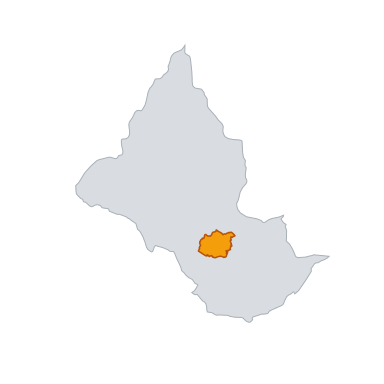 Bouca, Ouham, Central African Republic (highlighted), rotated 252°
{"feature_id": "33826404B6253227494909", "entity_name": "Bouca", "entity_type": "district", "adm_level": 2, "iso_a3": "CAF", "parent_name": "Central African Republic", "parent_adm1": "Ouham", "projection": "natural_earth1", "projection_center": [18.249, 6.335], "detail": "fine", "context": "in_parent", "style": "filled", "palette": "amber", "viewbox_px": 384, "rotation_deg": 252, "n_neighbors": 0, "source": "geoboundaries", "source_scale": "gbopen_adm2", "svg_char_len": 6719}
<svg xmlns="http://www.w3.org/2000/svg" viewBox="0 0 384 384"><g transform="rotate(252 192 192)"><path d="M260.1,139.9L263.3,140.9L263.9,142.0L263.0,145.7L263.6,148.1L265.5,150.0L267.3,150.9L269.1,151.4L275.2,152.6L277.7,153.9L281.1,158.3L285.3,162.3L286.4,164.4L286.2,166.3L285.0,168.6L285.2,169.6L287.1,171.9L289.3,174.3L293.4,177.0L300.5,181.1L303.7,183.9L304.8,186.0L306.6,188.3L309.1,190.4L310.8,192.0L309.7,196.5L310.0,198.0L310.7,199.3L312.2,201.1L312.8,203.4L314.2,206.3L316.0,207.6L318.9,208.1L320.4,209.5L323.6,211.8L326.7,213.7L328.0,215.1L328.8,216.3L329.5,217.7L329.9,219.2L330.0,222.2L330.5,226.1L332.2,228.7L333.7,230.6L327.4,228.4L326.5,228.3L325.4,228.7L322.1,231.5L321.0,231.8L316.9,231.2L306.9,229.1L299.1,227.0L296.8,226.2L292.7,225.5L290.0,226.9L287.4,231.8L286.7,232.8L282.7,234.2L280.8,233.8L276.1,235.2L268.9,233.2L266.4,233.6L264.3,234.6L259.2,236.8L256.1,238.1L252.4,239.2L249.0,241.0L246.6,241.9L244.4,241.9L242.3,240.9L240.1,240.1L237.4,239.9L234.6,240.4L232.2,242.4L231.2,243.7L229.2,247.4L226.7,253.5L225.8,254.7L224.9,255.3L213.7,252.3L208.8,251.6L205.6,252.5L201.5,250.8L199.7,250.5L198.8,251.1L196.6,250.3L192.8,248.3L189.3,247.4L186.1,247.7L184.1,247.0L182.6,245.0L180.5,241.4L176.9,237.7L172.0,234.8L168.9,232.6L167.7,231.1L165.1,230.3L161.0,230.2L157.1,231.6L151.6,236.2L146.4,245.5L143.5,249.0L141.2,250.0L140.6,252.2L141.8,255.8L142.1,259.9L141.3,266.9L141.6,271.9L140.3,271.1L139.1,268.7L138.6,268.3L135.2,269.3L133.4,270.3L132.5,271.2L131.7,271.4L130.7,270.1L129.8,269.9L128.5,270.1L127.1,270.1L126.2,269.9L125.6,270.0L124.0,269.3L118.1,267.3L117.1,266.6L115.9,266.7L112.9,268.4L111.3,268.9L106.4,270.0L101.2,270.5L99.2,270.5L97.8,271.2L96.9,272.3L95.3,278.8L94.9,279.9L95.0,281.5L94.5,286.7L94.7,288.3L88.5,302.5L87.4,300.2L86.8,297.4L86.6,294.2L86.7,293.3L86.3,292.4L85.8,289.8L86.3,288.1L85.9,286.4L84.6,284.6L83.5,283.3L82.9,282.1L82.4,281.6L81.2,281.4L79.5,280.8L72.6,272.5L65.4,263.1L64.0,260.1L63.4,258.3L65.1,258.1L65.6,257.8L65.6,257.0L64.5,254.6L64.0,251.5L63.1,249.6L60.3,246.8L57.6,244.6L56.8,243.5L56.3,241.9L55.3,231.7L54.8,228.9L53.9,227.6L53.3,227.0L53.1,226.3L53.2,224.5L53.6,222.9L53.6,222.3L54.3,220.9L54.3,211.5L53.4,210.2L51.8,210.2L51.0,208.8L50.3,207.1L50.5,205.9L52.0,204.0L53.1,203.2L56.1,201.7L57.0,201.0L57.5,200.1L57.9,198.8L59.7,194.0L62.3,189.2L63.5,188.2L66.2,181.1L66.8,179.3L67.2,177.5L68.1,176.1L71.0,173.7L73.2,169.5L75.6,169.7L78.1,170.4L81.2,170.7L83.6,169.9L85.2,168.3L92.8,165.4L93.4,163.2L94.6,162.0L96.0,161.0L96.5,160.8L96.6,161.6L97.4,163.9L99.2,166.2L101.7,168.8L102.4,168.6L104.0,166.7L108.0,165.5L109.0,165.0L111.8,162.2L115.2,160.3L117.2,159.7L120.6,157.8L123.0,158.1L126.9,157.8L133.4,156.9L138.2,156.6L140.5,156.3L141.1,155.9L142.1,153.2L142.8,152.4L144.5,151.2L148.0,147.2L150.3,143.7L151.0,142.5L151.4,142.2L152.4,140.8L151.4,139.3L147.6,136.2L147.6,135.8L147.4,135.3L147.6,134.9L149.1,133.6L151.1,132.2L153.2,131.7L158.8,131.8L163.5,131.5L164.6,131.5L168.3,130.8L170.8,130.2L173.4,128.7L179.3,128.9L184.2,125.1L185.6,124.4L186.2,123.9L186.4,123.3L188.7,121.8L191.2,118.7L193.3,116.0L193.8,114.0L199.3,107.4L201.3,107.5L202.2,106.7L204.4,102.3L205.1,101.5L207.3,100.7L208.4,99.4L209.4,97.4L209.4,95.0L208.9,93.1L208.9,92.2L209.5,91.3L210.3,90.4L214.5,88.1L215.6,86.9L216.2,85.9L217.4,85.7L218.7,85.8L219.5,85.1L220.4,84.1L223.3,82.6L226.0,81.5L228.9,82.0L234.0,83.4L235.6,86.6L236.3,87.7L242.7,95.1L243.9,96.9L247.1,102.3L249.0,106.0L251.2,111.2L251.5,114.1L251.2,116.5L250.8,123.4L250.2,125.4L247.4,129.2L247.3,130.8L247.9,132.2L248.8,132.8L249.3,133.5L249.0,136.7L250.0,138.0L252.1,138.9L257.4,139.4L260.1,139.9Z" fill="#d9dde1" stroke="#a8b0b8" stroke-width="1"/><path d="M146.7,204.8L147.0,204.1L147.4,204.0L147.9,203.8L148.1,203.8L148.3,203.6L148.3,203.2L148.2,203.1L147.8,202.9L147.6,202.9L147.4,202.7L147.1,202.2L147.1,201.7L147.1,200.7L147.3,199.8L147.2,199.5L147.1,199.2L146.6,198.5L145.4,197.5L144.5,196.2L144.4,196.1L144.4,195.8L144.5,195.7L144.6,195.4L144.8,195.1L144.9,194.4L145.1,193.6L145.3,193.2L145.5,193.1L146.1,192.8L146.7,192.4L147.3,192.1L147.4,191.8L147.4,191.5L147.4,191.2L147.2,190.9L147.0,190.7L146.6,190.4L146.0,190.3L144.4,188.9L144.5,188.5L144.6,188.0L144.7,187.7L144.8,187.6L144.7,187.5L144.3,187.5L144.2,187.5L144.0,186.2L143.8,185.7L142.6,184.6L142.5,184.2L142.4,184.2L142.0,184.2L141.1,183.6L140.5,183.4L140.0,183.5L139.5,183.7L139.1,183.7L138.7,183.6L138.3,183.5L138.1,183.0L138.0,182.6L137.7,182.5L137.3,182.2L137.0,182.0L136.8,181.8L136.6,181.6L136.3,181.8L136.1,181.8L135.8,181.7L135.7,181.5L135.4,181.2L135.1,181.0L134.8,180.7L134.7,180.6L134.4,180.3L134.1,180.0L134.0,179.9L133.6,180.0L133.4,180.2L133.3,180.3L128.2,184.4L127.6,184.9L127.5,185.0L127.4,185.2L127.2,185.4L127.1,185.5L126.8,185.9L126.6,186.3L127.0,186.5L127.3,186.6L127.5,187.0L127.5,187.3L127.3,187.6L127.0,187.6L126.7,187.7L126.4,187.8L126.1,187.9L125.7,188.3L125.4,188.5L125.5,188.6L125.6,188.8L125.6,189.0L125.7,189.4L125.6,189.6L125.4,189.8L125.5,190.0L125.5,190.3L125.5,190.7L125.5,190.8L125.3,191.0L125.1,191.0L124.9,191.0L124.7,191.4L124.5,191.5L124.2,191.6L123.9,191.6L123.7,191.5L123.5,191.8L123.5,192.1L123.3,192.3L123.1,192.4L122.9,192.5L122.8,192.8L122.7,193.2L122.5,193.5L122.3,193.8L122.2,194.1L122.3,194.6L122.3,195.0L122.4,195.4L122.5,196.0L122.4,197.4L122.2,198.4L122.2,199.3L121.8,199.9L121.5,200.3L120.8,201.3L119.9,202.1L119.9,202.6L120.0,203.0L119.8,203.5L120.0,204.4L121.1,205.3L122.9,206.7L122.9,206.2L122.9,205.8L123.0,205.8L123.4,206.0L123.6,206.2L123.8,206.2L124.0,206.5L124.1,206.8L124.2,206.6L124.3,206.5L124.5,206.5L124.8,206.7L125.0,206.6L125.1,206.3L125.3,206.2L125.5,206.2L125.6,206.4L125.5,206.6L125.4,207.1L125.1,207.8L125.3,208.3L125.2,209.0L125.4,210.7L126.0,210.6L126.8,211.0L127.1,211.5L127.5,211.6L127.8,211.7L127.9,211.8L128.0,212.0L128.3,212.0L128.5,212.0L128.5,212.7L128.4,213.1L128.6,213.2L129.0,213.4L129.5,213.2L129.8,213.1L130.0,213.1L130.3,213.0L130.6,213.3L130.8,213.5L131.4,213.4L132.0,213.3L132.7,213.3L133.1,213.2L133.5,213.2L133.7,213.3L134.1,213.5L134.1,213.8L134.1,214.1L134.1,214.4L134.2,214.6L134.4,214.6L134.7,214.4L134.8,214.4L135.4,214.4L135.7,214.4L137.1,215.0L137.2,215.3L136.8,215.7L136.5,215.9L136.4,216.1L136.4,216.3L136.6,216.6L136.7,217.0L136.8,217.3L137.0,217.6L137.0,217.9L137.0,218.2L137.0,218.4L136.9,218.7L136.9,219.0L137.0,219.2L137.1,219.3L137.3,219.3L137.6,219.2L138.1,219.0L138.8,218.7L140.0,218.0L140.7,217.6L141.5,217.1L141.8,215.6L141.7,215.0L142.1,214.8L142.1,213.9L141.9,213.5L142.0,212.4L141.7,211.6L141.6,210.8L142.1,210.0L142.2,209.6L142.0,209.0L141.8,208.4L142.4,207.9L142.9,207.8L143.3,207.7L143.5,207.6L143.6,207.3L144.1,207.1L144.7,206.6L146.0,205.2L146.4,205.0L146.7,204.8Z" fill="#f59e0b" stroke="#b45309" stroke-width="1.5"/></g></svg>